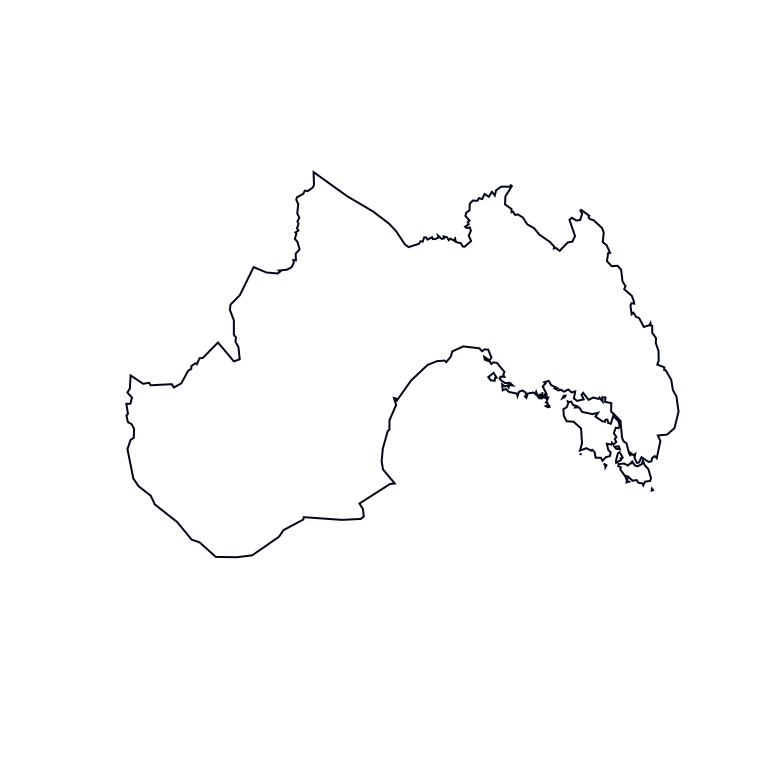 the district of Pangasinan, Dagupan, Philippines, rotated 152°
{"feature_id": "2640588B43628149657030", "entity_name": "Pangasinan", "entity_type": "district", "adm_level": 2, "iso_a3": "PHL", "parent_name": "Philippines", "parent_adm1": "Dagupan", "projection": "natural_earth1", "projection_center": [119.981, 16.031], "detail": "fine", "context": "isolated", "style": "outline", "palette": "ink", "viewbox_px": 768, "rotation_deg": 152, "n_neighbors": 0, "source": "geoboundaries", "source_scale": "gbopen_adm2", "svg_char_len": 6184}
<svg xmlns="http://www.w3.org/2000/svg" viewBox="0 0 768 768"><g transform="rotate(152 384 384)"><path d="M464.1,276.4L461.3,283.4L461.8,290.0L425.6,292.9L421.2,291.1L425.0,309.0L422.4,316.8L415.4,327.5L402.9,340.6L400.6,341.2L396.2,349.4L383.1,359.8L381.8,367.0L380.3,365.6L381.9,363.8L380.7,363.2L358.6,374.3L336.5,380.4L326.6,379.3L319.4,376.2L318.8,374.1L312.3,376.7L308.4,380.7L296.4,380.0L283.1,370.8L282.0,366.8L279.0,367.4L275.9,365.5L276.7,356.9L279.8,355.3L282.7,361.0L283.6,358.2L280.1,354.2L279.9,351.3L277.2,351.8L274.3,349.5L272.0,338.2L274.4,336.0L274.3,333.8L277.7,335.8L279.4,334.4L278.8,332.9L279.6,333.7L276.6,327.9L272.3,326.0L271.0,322.2L274.0,324.4L275.6,322.5L275.8,324.8L278.5,325.1L279.8,328.2L282.2,322.7L278.6,322.3L277.6,318.5L271.2,313.2L271.8,310.7L268.4,313.8L264.8,313.3L263.1,310.2L263.5,307.3L265.4,306.8L264.8,304.9L261.6,308.1L256.0,306.3L255.1,304.0L253.4,305.6L254.2,301.3L253.5,298.4L252.4,297.6L253.2,298.9L251.9,301.6L249.4,300.7L247.7,302.2L251.1,299.1L251.6,299.5L251.5,296.5L250.1,299.7L249.6,298.3L245.8,299.7L245.2,298.0L245.0,307.3L241.2,308.6L241.8,310.3L237.1,309.4L236.9,304.5L233.0,299.1L235.1,299.6L233.0,296.4L230.4,295.9L228.8,292.8L223.9,292.6L222.3,288.5L218.7,287.7L223.1,282.1L221.4,278.4L214.9,276.7L214.6,281.7L212.3,282.7L210.9,274.0L205.5,273.8L201.6,270.1L200.2,270.8L199.2,265.9L197.5,269.8L194.8,268.1L197.2,264.5L192.3,260.4L196.4,253.0L195.2,249.3L194.2,249.7L195.1,249.2L192.5,240.4L199.0,224.9L199.4,220.9L197.7,217.8L200.1,208.0L200.1,204.6L198.8,207.7L197.2,204.1L195.0,204.3L197.5,201.2L197.8,195.7L195.6,195.0L191.0,198.5L187.0,191.0L184.1,190.2L182.1,192.7L178.8,193.3L178.1,190.4L166.7,203.9L166.4,210.0L157.8,206.4L148.2,208.7L136.9,221.3L131.6,235.8L131.8,242.8L128.4,252.9L128.8,263.8L130.0,264.7L128.7,267.2L133.6,272.8L130.6,275.5L126.1,284.3L124.8,292.5L122.3,296.7L123.1,303.4L119.9,309.4L121.0,310.3L120.2,312.6L122.0,311.3L127.8,312.5L127.8,322.5L129.8,324.7L130.3,329.8L132.6,329.3L129.5,337.7L127.5,339.1L125.4,337.5L124.5,340.1L123.8,345.5L127.4,354.9L124.9,356.9L125.2,362.7L121.0,373.5L122.2,378.7L127.6,381.1L129.5,387.7L124.6,394.4L122.8,393.7L122.3,402.1L124.3,406.5L118.8,414.7L118.3,419.5L122.0,430.2L124.8,432.9L125.1,435.3L123.8,436.2L128.1,445.1L129.2,444.9L129.0,441.4L133.8,436.7L137.5,438.1L140.1,442.6L143.2,441.8L145.9,424.9L150.8,421.3L155.3,422.7L166.4,419.1L168.4,423.5L170.4,423.9L169.2,425.5L170.9,431.7L176.7,443.0L178.3,451.0L182.6,457.8L183.2,465.8L186.2,470.9L188.8,471.6L189.2,475.7L190.7,475.8L189.3,478.7L192.8,485.8L188.7,492.7L178.2,498.7L178.7,499.9L180.1,499.0L187.8,503.2L194.1,502.4L197.7,498.4L198.5,503.1L203.5,500.1L205.9,504.5L210.6,501.2L212.9,503.6L215.5,501.9L219.5,504.3L223.6,502.9L227.0,497.1L230.9,496.7L233.2,494.2L231.8,488.1L234.0,487.6L234.1,485.3L238.5,484.8L237.7,482.9L234.7,482.0L235.3,478.6L239.5,475.2L240.0,469.3L248.4,467.4L249.8,468.3L250.1,472.3L253.9,475.6L253.0,478.9L254.9,477.7L257.0,481.1L259.3,480.6L259.4,483.9L262.0,486.3L262.5,484.4L264.8,484.9L266.6,489.5L266.9,487.8L270.9,487.9L273.0,489.2L272.7,491.1L277.8,491.1L278.0,493.7L279.7,494.6L283.0,491.5L284.7,492.9L287.3,491.4L298.0,493.3L300.1,497.7L301.5,513.1L304.3,523.3L312.6,541.3L328.3,567.0L346.7,604.1L352.4,592.6L354.7,590.9L360.7,590.1L363.0,591.9L366.2,589.8L373.2,589.7L374.9,588.0L375.3,583.0L380.5,575.4L380.7,570.5L384.1,568.2L384.3,565.6L387.7,562.3L387.6,559.6L391.1,559.4L390.8,557.9L394.6,553.9L393.7,550.2L395.3,542.5L400.7,540.6L403.8,534.5L405.9,536.1L406.8,533.3L410.9,530.5L416.1,530.5L423.5,533.5L422.9,532.0L426.0,531.5L435.4,537.6L444.2,548.4L469.6,530.1L482.1,526.2L485.2,522.1L486.7,510.6L493.5,497.9L492.8,494.7L495.3,491.0L495.2,484.9L499.8,473.6L505.9,474.4L511.1,498.6L531.6,492.1L534.8,493.3L539.9,489.3L540.6,490.8L545.6,490.3L547.1,487.8L550.8,487.6L562.7,479.7L571.2,479.6L571.5,483.5L590.6,492.4L590.8,495.3L596.6,497.3L603.7,510.5L610.6,499.2L614.6,497.0L612.9,490.3L617.2,485.6L620.8,487.5L624.1,477.8L626.2,477.2L628.0,470.6L625.7,467.0L625.7,461.7L630.3,453.9L633.9,453.7L641.1,446.9L649.7,418.2L648.7,408.9L642.4,394.9L642.9,385.2L631.5,359.4L626.9,336.9L621.2,330.8L613.7,310.3L595.4,300.2L580.8,294.6L548.5,298.4L541.3,302.2L518.8,302.2L517.4,304.1L485.0,283.8L467.9,275.8L464.1,276.4ZM227.2,213.6L222.6,215.2L218.4,214.3L216.0,217.1L216.9,220.6L215.3,226.6L211.7,223.8L210.3,225.2L209.8,222.8L206.1,223.8L206.1,227.0L203.7,228.1L204.2,232.6L199.9,236.6L197.7,234.9L195.7,236.1L194.4,241.0L196.6,248.2L202.4,242.4L204.3,244.4L203.5,247.6L205.3,248.5L206.6,246.9L208.7,248.5L212.6,256.0L208.5,258.1L214.2,259.6L222.1,266.3L222.7,271.8L226.1,273.5L224.3,274.1L226.9,276.7L226.9,280.5L229.5,281.2L230.2,283.6L229.8,281.1L233.6,277.7L237.5,277.5L240.1,271.6L240.3,265.4L234.3,261.7L230.9,252.2L236.9,238.8L242.2,233.2L235.4,232.3L232.4,227.9L231.1,228.2L230.0,225.0L231.8,219.6L227.1,217.0L227.2,213.6ZM202.7,172.8L199.4,175.2L194.6,173.5L192.6,175.2L190.5,184.8L191.9,189.5L191.5,194.7L193.9,192.2L198.9,192.3L200.7,194.2L201.2,198.9L203.3,197.1L202.6,198.6L206.9,197.5L209.3,201.0L214.4,203.2L215.7,201.5L214.0,199.2L215.5,197.6L214.4,189.4L213.8,189.6L213.2,188.9L214.3,189.1L214.8,185.1L211.8,187.2L210.0,182.0L206.0,180.5L205.7,177.3L202.5,174.9L202.7,172.8ZM216.0,205.4L210.4,205.7L209.5,208.1L209.4,206.3L207.7,207.0L207.9,213.2L210.1,212.9L215.2,207.4L216.0,205.4ZM284.8,334.9L283.0,337.3L281.6,336.7L282.0,342.4L288.7,341.1L288.0,337.1L284.8,334.9ZM206.4,215.6L206.0,218.8L209.9,220.4L209.5,217.9L206.4,215.6ZM247.6,293.1L245.4,294.9L247.3,295.6L247.6,293.1ZM216.0,183.3L213.6,182.7L214.8,184.5L216.0,183.3ZM233.0,287.7L230.1,287.7L229.2,288.5L230.7,289.2L233.0,287.7ZM227.6,206.5L225.7,207.8L227.3,210.6L226.8,208.6L227.6,206.5ZM248.4,296.4L248.0,297.6L250.0,297.8L248.4,296.4ZM197.7,164.2L196.3,163.9L196.6,165.7L197.7,164.2ZM250.1,292.5L248.8,289.5L248.4,290.6L250.1,292.5ZM247.7,297.0L245.4,296.3L246.5,297.3L247.7,297.0ZM193.5,243.0L193.6,241.0L193.5,240.9L193.5,243.0ZM251.0,287.7L249.4,288.1L251.5,288.5L251.0,287.7ZM248.6,288.1L248.9,285.1L248.3,287.1L248.6,288.1ZM243.2,229.7L243.2,230.5L243.9,229.1L243.2,229.7ZM251.1,286.9L249.5,286.5L249.3,286.8L251.1,286.9Z" fill="none" stroke="#020617" stroke-width="2"/></g></svg>